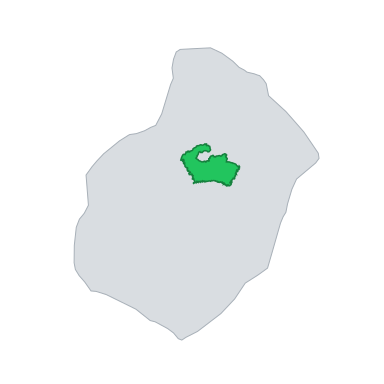 Makhoalipana, Maseru, Lesotho shown in context, rotated 166°
{"feature_id": "5366337B32036214751587", "entity_name": "Makhoalipana", "entity_type": "district", "adm_level": 2, "iso_a3": "LSO", "parent_name": "Lesotho", "parent_adm1": "Maseru", "projection": "natural_earth1", "projection_center": [28.011, -29.76], "detail": "fine", "context": "in_parent", "style": "filled", "palette": "green", "viewbox_px": 384, "rotation_deg": 166, "n_neighbors": 0, "source": "geoboundaries", "source_scale": "gbopen_adm2", "svg_char_len": 6864}
<svg xmlns="http://www.w3.org/2000/svg" viewBox="0 0 384 384"><g transform="rotate(166 192 192)"><path d="M249.9,259.2L239.8,262.5L238.4,262.8L231.9,262.1L223.2,262.9L216.4,264.7L211.1,265.4L202.5,275.1L186.8,301.4L182.6,306.9L181.4,317.2L177.8,325.3L173.4,331.7L169.0,333.2L155.9,330.7L139.2,327.4L129.5,319.5L120.8,309.1L116.2,301.6L111.5,297.4L109.8,295.1L103.0,291.6L100.4,289.8L98.2,288.5L95.4,283.5L93.8,279.1L94.4,266.9L89.6,259.7L81.4,247.3L76.1,237.1L69.0,223.3L64.6,211.4L60.1,199.1L60.6,193.9L64.9,190.3L77.6,184.1L87.4,179.3L94.4,170.5L102.1,157.5L105.8,149.6L109.5,146.0L113.6,140.5L120.7,128.2L128.6,114.5L137.1,99.9L147.8,95.6L162.4,90.7L176.5,77.9L193.3,67.1L220.3,55.4L232.9,52.5L237.7,50.8L240.8,53.0L244.0,59.7L248.6,65.3L259.2,75.0L263.7,77.4L274.7,91.8L286.5,101.8L300.0,113.2L309.2,118.8L313.9,120.4L317.8,130.5L321.7,138.1L323.9,145.1L323.5,151.9L319.1,168.7L312.8,185.8L307.8,192.9L301.7,197.4L295.7,204.2L293.4,217.9L290.7,234.1L282.9,240.7L276.8,245.1L268.4,250.5L249.9,259.2Z" fill="#d9dde1" stroke="#a8b0b8" stroke-width="1"/><path d="M165.0,222.3L165.2,222.0L166.3,221.4L166.2,220.7L166.9,220.4L167.7,220.2L167.8,219.8L167.8,218.3L168.0,218.4L168.1,218.2L168.3,218.1L168.4,218.3L168.6,218.2L169.4,218.6L170.1,218.5L170.8,218.5L170.8,218.0L171.3,217.7L172.0,218.2L172.5,218.9L172.7,219.0L173.6,218.5L174.1,218.7L174.8,218.7L175.5,219.0L176.2,219.7L176.7,220.1L177.4,220.4L178.2,221.5L178.3,221.9L178.5,222.0L178.6,222.4L179.3,222.8L180.0,223.7L179.5,224.4L179.0,224.6L178.5,225.0L178.3,226.0L177.4,226.5L176.5,227.6L176.0,228.8L175.2,229.3L174.6,229.3L174.6,228.9L174.3,228.5L173.9,228.5L173.9,228.2L173.0,228.0L172.7,227.8L171.9,228.3L170.4,229.0L170.0,229.1L168.9,228.7L168.6,228.8L168.2,228.5L167.6,228.2L167.0,227.2L166.4,227.2L166.0,226.9L165.4,227.1L164.9,227.6L164.0,228.1L163.8,228.4L163.8,229.0L164.0,229.6L163.9,229.9L164.0,230.3L163.7,230.9L163.8,232.1L164.6,232.5L164.7,232.8L165.1,233.0L165.2,233.5L165.4,233.6L166.7,233.5L166.9,234.4L166.5,234.8L166.4,235.1L166.9,235.1L167.4,235.4L167.8,235.3L168.0,235.5L169.1,235.0L169.7,234.9L170.6,234.9L172.0,235.7L173.2,235.6L174.2,235.3L175.5,235.6L176.0,235.4L176.5,235.5L177.0,234.7L177.9,234.4L179.2,234.2L179.7,234.1L180.2,233.7L180.5,233.7L180.9,232.8L181.8,232.2L182.7,232.2L183.4,232.0L184.0,232.2L184.5,231.5L185.1,231.5L185.4,231.7L185.4,232.0L185.8,232.6L186.1,232.4L186.5,232.5L186.7,232.0L186.9,231.9L187.3,232.1L188.2,232.2L188.5,231.2L189.0,231.0L189.2,230.8L189.6,230.0L191.1,230.6L191.6,230.5L192.2,229.8L192.9,229.2L193.1,228.7L193.4,228.5L193.9,227.8L194.4,227.0L194.6,226.4L194.5,226.1L195.0,226.0L195.2,225.7L195.0,225.4L194.5,225.6L194.2,225.9L193.6,224.1L193.2,223.9L193.0,224.5L193.4,225.7L193.3,225.8L193.0,225.9L192.3,225.6L192.2,225.5L192.6,224.7L192.2,224.3L192.7,223.2L193.2,222.7L193.3,221.9L193.2,221.7L192.8,221.7L192.3,222.0L192.0,221.8L192.2,221.5L192.7,221.5L192.8,221.3L192.6,220.3L192.3,219.6L192.6,218.6L192.3,217.9L191.7,217.3L191.6,217.0L190.6,216.7L190.4,216.4L190.4,216.2L190.7,215.7L191.1,215.6L191.2,215.3L191.3,214.1L191.0,213.2L190.8,213.1L190.4,213.7L190.1,213.7L190.0,213.4L190.1,212.9L189.9,212.5L189.9,212.1L189.7,211.9L188.9,211.8L188.8,211.3L189.2,211.1L190.4,210.9L190.6,210.7L190.6,210.4L190.4,210.0L190.4,209.5L190.2,209.4L189.7,209.4L188.9,209.1L188.5,209.2L188.1,209.5L187.7,209.4L187.6,209.1L187.9,208.3L187.3,208.0L186.9,207.5L187.0,207.3L187.8,206.9L187.9,206.5L187.5,205.9L187.5,205.7L187.8,205.3L188.4,204.9L188.5,204.5L188.2,204.3L187.6,204.7L187.2,204.6L187.1,204.3L187.3,203.8L187.3,203.5L187.0,202.8L186.7,201.7L186.9,201.3L188.4,200.5L188.5,200.2L188.4,199.9L188.0,200.0L187.4,200.4L186.0,200.1L185.3,200.2L185.4,200.5L185.2,200.7L185.2,200.4L185.0,200.6L184.7,200.4L184.7,200.6L184.4,200.8L184.3,200.4L184.0,200.5L183.9,200.5L183.8,200.3L183.7,200.6L183.3,200.7L183.2,200.6L183.6,200.4L183.3,200.4L183.1,200.2L182.9,200.4L182.7,200.2L182.6,200.4L182.4,200.4L182.3,200.2L182.0,200.3L182.0,200.1L181.7,200.1L181.5,199.8L181.4,200.2L181.0,200.1L181.2,199.9L180.7,200.2L180.6,199.9L180.3,199.8L180.1,199.8L179.9,199.5L179.5,199.7L179.3,200.0L179.2,199.9L179.2,199.6L179.0,200.0L178.8,199.7L178.4,199.8L178.4,199.7L178.6,199.4L178.0,199.5L178.0,199.3L177.6,199.2L177.1,199.1L177.0,199.3L176.8,199.1L176.8,198.8L176.5,199.0L176.3,198.8L175.9,199.0L175.5,198.9L175.3,198.6L174.6,198.7L173.8,198.5L173.2,198.7L172.2,198.5L172.1,198.3L171.2,197.8L170.7,198.3L170.4,198.4L170.0,198.3L169.5,197.9L168.7,198.0L167.9,197.8L167.7,197.6L166.6,197.3L166.6,196.9L164.9,196.3L164.6,195.8L164.4,195.8L164.3,195.4L164.5,195.3L164.1,195.1L163.8,195.2L163.4,194.8L163.2,194.8L163.0,194.7L162.7,194.9L162.3,195.0L162.2,194.9L161.9,195.0L161.4,194.4L161.0,194.4L161.2,194.2L160.6,193.9L160.8,193.8L160.7,193.6L160.4,193.7L160.0,193.6L160.0,193.0L159.7,193.0L159.9,192.8L159.4,192.5L159.3,192.3L159.4,192.1L159.0,192.3L158.9,192.0L158.6,192.1L158.4,192.2L158.3,191.8L158.2,191.7L158.4,191.5L158.2,191.4L158.2,191.2L157.8,191.3L157.6,191.0L157.6,190.5L157.2,189.9L156.8,190.1L156.9,189.6L156.7,189.6L156.5,189.9L156.4,189.9L156.3,189.6L155.9,189.8L156.0,189.5L155.6,189.4L155.6,189.8L155.4,190.1L155.2,190.1L155.0,189.4L153.9,188.9L153.2,189.4L152.5,189.6L152.3,190.2L152.0,190.2L151.9,190.4L152.2,191.1L152.2,191.6L152.4,191.7L152.6,191.5L152.9,191.6L152.9,192.0L152.7,192.3L152.4,192.4L151.4,191.5L151.2,191.5L150.9,191.8L150.8,192.5L151.0,192.8L151.0,193.3L151.4,193.4L151.3,193.6L150.4,193.7L150.0,194.4L149.0,194.9L148.9,195.2L148.8,195.3L148.5,194.7L147.9,194.9L147.6,194.5L147.4,194.6L147.1,195.4L147.2,195.9L147.2,196.2L146.6,196.5L146.3,197.2L146.0,197.2L146.0,197.8L145.0,198.2L145.1,198.6L144.9,199.0L145.3,199.6L145.1,199.8L145.0,199.7L144.6,199.1L144.6,199.9L144.4,200.3L143.8,201.6L143.5,201.5L143.4,200.9L143.0,200.7L142.7,200.8L142.7,201.7L143.3,202.2L143.2,202.5L142.8,202.3L142.5,202.3L141.8,202.8L141.5,202.7L141.5,202.3L141.2,202.4L140.9,202.6L141.3,203.3L141.1,203.6L140.6,203.6L140.2,203.8L140.5,204.7L139.9,204.6L139.7,205.0L140.0,205.8L140.2,205.5L140.4,205.5L140.6,205.0L140.8,205.0L141.3,205.4L141.7,206.3L142.3,206.9L142.6,208.1L143.0,208.6L144.4,209.5L144.6,209.8L144.9,209.9L145.3,209.9L145.3,210.1L145.7,210.5L147.1,211.0L147.2,211.3L147.8,211.5L148.3,212.0L149.2,212.4L149.9,212.4L150.6,212.9L151.3,212.9L150.7,214.8L150.4,214.9L150.3,215.1L150.0,215.3L149.7,216.1L149.9,216.4L150.4,216.8L150.3,217.4L150.6,217.6L150.5,217.8L150.7,218.5L150.7,218.8L150.2,218.7L149.7,219.1L149.5,219.4L149.7,219.5L149.9,220.4L150.3,220.5L150.4,220.8L150.5,220.8L151.1,221.2L152.5,220.9L153.3,220.9L153.6,220.8L153.9,220.2L154.3,220.1L154.5,219.9L155.4,219.7L155.7,219.9L156.0,220.5L156.5,220.6L156.9,220.8L157.9,220.7L159.9,221.0L160.4,220.4L160.6,220.3L161.4,220.7L161.9,220.7L162.2,220.9L162.1,221.5L162.7,222.5L163.2,222.5L163.9,222.1L164.2,222.3L165.0,222.3Z" fill="#22c55e" stroke="#15803d" stroke-width="1.5"/></g></svg>